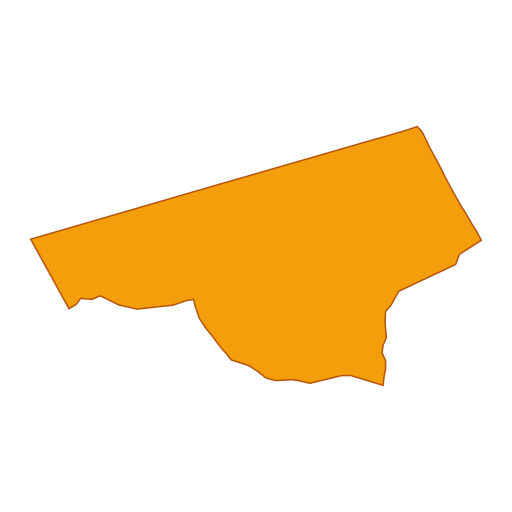 Tibau, Rio Grande do Norte, Brazil
{"feature_id": "56859067B59166838740608", "entity_name": "Tibau", "entity_type": "district", "adm_level": 2, "iso_a3": "BRA", "parent_name": "Brazil", "parent_adm1": "Rio Grande do Norte", "projection": "robinson", "projection_center": [-37.303, -4.888], "detail": "fine", "context": "isolated", "style": "filled", "palette": "amber", "viewbox_px": 512, "rotation_deg": 0, "n_neighbors": 0, "source": "geoboundaries", "source_scale": "gbopen_adm2", "svg_char_len": 918}
<svg xmlns="http://www.w3.org/2000/svg" viewBox="0 0 512 512"><path d="M30.7,239.2L69.0,308.7L76.2,304.4L80.6,298.4L92.0,299.4L100.2,295.8L119.2,305.1L126.2,306.6L137.1,309.1L173.2,305.1L186.7,300.5L193.5,299.4L195.5,307.3L199.3,318.2L205.8,328.2L211.1,334.6L221.8,348.8L226.2,353.4L231.2,359.9L248.8,365.6L258.0,371.6L265.8,377.9L275.7,380.6L291.2,379.7L297.8,380.4L309.9,383.3L341.6,375.6L351.1,375.6L383.1,385.4L384.0,377.2L385.6,368.8L385.6,360.9L382.1,352.7L383.1,345.2L386.4,337.8L385.0,322.1L385.6,311.4L390.8,305.5L398.8,291.2L455.5,264.5L459.5,254.2L474.9,244.4L481.3,240.3L476.9,231.9L472.1,224.3L468.7,218.3L464.9,211.9L461.2,206.3L457.7,199.9L453.3,192.3L448.6,183.5L445.5,177.7L442.0,170.6L438.6,164.0L435.2,157.5L430.2,148.6L425.4,138.4L421.6,131.2L417.2,126.6L406.4,130.2L396.2,133.2L381.5,137.5L374.2,139.5L364.8,142.2L209.9,187.0L30.7,239.2Z" fill="#f59e0b" stroke="#b45309" stroke-width="1.5"/></svg>